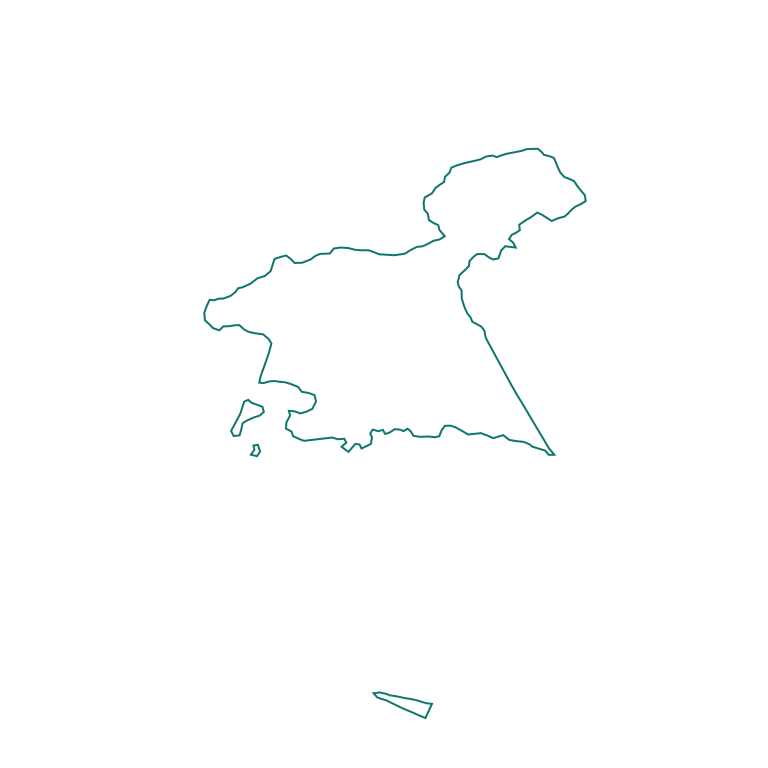 Itaguaí, Rio de Janeiro, Brazil (Albers equal-area conic projection), rotated 28°
{"feature_id": "56859067B25747814882547", "entity_name": "Itaguaí", "entity_type": "district", "adm_level": 2, "iso_a3": "BRA", "parent_name": "Brazil", "parent_adm1": "Rio de Janeiro", "projection": "albers", "projection_center": [-43.809, -22.874], "detail": "fine", "context": "isolated", "style": "outline", "palette": "teal", "viewbox_px": 768, "rotation_deg": 28, "n_neighbors": 0, "source": "geoboundaries", "source_scale": "gbopen_adm2", "svg_char_len": 3468}
<svg xmlns="http://www.w3.org/2000/svg" viewBox="0 0 768 768"><g transform="rotate(28 384 384)"><path d="M456.7,115.7L451.7,115.8L446.2,116.6L440.5,114.6L435.1,110.6L431.9,107.8L427.9,104.6L422.3,105.3L417.9,106.6L414.1,105.1L409.5,104.1L404.5,106.8L399.9,109.5L396.1,113.5L391.0,117.7L384.3,123.0L379.8,127.5L377.2,130.7L372.5,131.4L367.5,135.1L363.8,140.3L359.1,144.5L353.3,149.5L349.3,153.1L345.5,157.0L341.9,161.4L342.6,166.5L340.6,172.5L342.2,177.5L339.7,181.9L337.5,186.6L336.8,193.2L332.4,200.2L333.9,205.4L337.7,211.1L342.6,213.1L346.8,218.2L352.4,218.6L357.3,218.2L360.7,222.0L368.2,224.9L365.5,230.0L360.4,234.4L357.5,238.9L353.5,244.2L348.6,247.6L344.2,253.9L341.2,259.2L337.5,261.9L332.6,265.5L325.2,268.8L319.0,271.7L313.5,272.3L307.4,273.2L301.7,276.4L295.7,279.0L288.7,280.7L281.6,283.9L276.1,287.9L274.9,294.3L270.3,296.9L266.5,299.1L263.1,303.4L260.7,308.5L254.9,315.3L248.2,319.1L242.4,317.2L237.3,316.5L233.1,320.3L228.6,325.0L229.8,331.3L230.9,337.6L228.0,344.7L222.6,350.1L219.0,358.1L213.9,364.8L210.2,368.0L209.7,372.5L207.1,378.3L202.1,383.9L197.6,386.6L194.6,389.9L190.6,391.4L190.8,397.7L191.9,405.5L195.9,411.7L202.2,413.4L206.7,414.9L213.4,413.9L215.1,408.6L220.2,405.6L224.7,402.2L228.7,399.9L234.9,401.5L240.2,401.5L246.7,399.6L253.8,396.9L261.0,398.4L265.6,401.1L267.9,411.4L269.8,423.7L270.9,431.5L271.8,436.5L273.2,441.4L277.3,439.7L281.6,435.5L285.7,432.9L291.1,430.9L295.5,429.0L301.5,427.8L309.4,426.9L315.0,429.5L321.7,427.3L327.9,426.4L332.2,431.4L332.4,439.6L328.4,445.0L323.9,449.3L317.8,450.1L312.6,452.3L315.9,456.0L315.9,463.7L318.4,469.4L324.6,469.4L328.2,472.7L336.0,472.3L340.1,471.7L363.4,455.6L369.3,454.4L374.6,451.0L378.2,453.4L376.0,459.4L384.5,460.6L385.8,454.8L386.9,450.3L390.7,448.9L394.5,451.5L400.5,443.2L398.5,436.7L395.1,434.3L395.5,429.5L401.2,428.3L404.5,425.0L408.5,427.6L411.6,424.4L414.7,418.8L419.2,416.9L423.4,416.4L425.8,412.4L429.9,413.3L434.5,415.9L440.5,413.8L448.1,409.4L454.1,407.0L457.3,404.2L456.6,397.4L457.4,392.3L462.7,389.4L468.1,388.7L473.2,388.7L481.9,389.1L488.4,384.8L492.6,381.9L499.5,381.0L505.9,380.5L513.3,373.2L520.9,374.5L527.8,372.3L534.2,369.6L540.5,368.9L544.5,369.7L549.6,368.7L557.4,367.1L562.7,369.2L567.6,366.5L559.9,363.4L513.6,335.3L506.0,330.8L496.9,325.1L452.2,295.5L447.4,289.6L442.7,287.6L437.6,287.6L432.8,287.6L429.2,284.6L423.9,282.2L419.1,278.5L412.5,272.0L408.6,265.0L404.3,262.8L401.2,259.4L399.6,252.2L401.8,245.9L403.6,240.1L401.8,235.3L403.4,229.5L405.4,225.4L411.7,222.2L417.9,223.0L421.9,222.8L426.1,219.4L424.8,211.1L426.4,205.4L431.0,203.7L436.2,201.7L431.7,198.5L426.4,197.4L426.8,192.1L429.5,188.7L431.7,184.3L428.6,180.0L432.2,173.0L435.5,167.6L438.8,160.7L444.0,160.4L450.4,160.9L455.5,161.4L460.2,155.6L464.7,151.5L466.5,147.1L467.6,142.8L469.5,137.9L473.6,132.4L476.2,127.8L472.7,123.0L467.1,120.8L462.0,118.6L456.7,115.7ZM576.5,643.9L571.8,645.8L567.3,646.8L561.4,647.9L556.1,649.4L549.0,651.8L541.2,654.0L536.0,655.9L530.5,656.8L525.2,658.3L520.0,661.9L525.2,663.9L529.4,663.3L534.4,662.2L539.4,662.1L545.4,661.9L551.4,661.7L557.5,661.2L564.6,660.5L568.9,660.3L577.4,659.5L576.5,643.9ZM271.0,497.2L275.7,500.5L280.6,497.2L279.2,490.7L277.6,485.1L279.7,481.3L282.3,477.8L285.2,474.2L289.1,470.2L291.0,465.0L287.4,461.2L281.6,461.9L275.9,462.8L271.6,461.7L268.8,465.3L271.0,477.4L271.1,482.7L271.0,497.2ZM305.7,507.3L306.3,501.7L301.2,496.9L297.7,499.6L300.4,502.9L299.7,508.9L305.7,507.3Z" fill="none" stroke="#0f766e" stroke-width="2"/></g></svg>